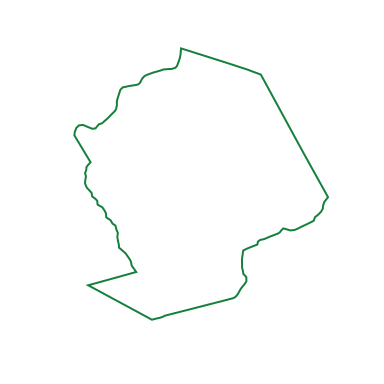 Santo Antônio dos Lopes, Maranhão, Brazil, rotated 199°
{"feature_id": "56859067B82634178607747", "entity_name": "Santo Antônio dos Lopes", "entity_type": "district", "adm_level": 2, "iso_a3": "BRA", "parent_name": "Brazil", "parent_adm1": "Maranhão", "projection": "mercator", "projection_center": [-44.464, -4.813], "detail": "fine", "context": "isolated", "style": "outline", "palette": "green", "viewbox_px": 384, "rotation_deg": 199, "n_neighbors": 0, "source": "geoboundaries", "source_scale": "gbopen_adm2", "svg_char_len": 1697}
<svg xmlns="http://www.w3.org/2000/svg" viewBox="0 0 384 384"><g transform="rotate(199 192 192)"><path d="M116.7,131.2L118.4,134.4L119.9,136.5L121.6,141.2L122.8,144.6L123.7,149.0L124.5,153.4L121.2,156.7L119.1,158.5L113.1,163.6L113.5,166.5L112.0,168.8L108.4,171.0L105.4,173.7L103.7,175.3L101.5,177.1L97.3,180.6L95.8,182.5L94.9,185.2L93.8,187.3L90.7,187.5L86.4,187.7L82.7,189.5L80.5,191.4L77.7,194.3L74.2,197.7L71.5,200.3L67.6,204.4L67.5,208.2L65.0,212.2L63.5,215.5L62.9,218.9L63.6,221.7L63.7,225.6L61.7,231.4L98.1,264.1L165.1,325.4L179.8,325.8L206.4,325.3L249.1,324.2L247.6,318.3L247.1,315.0L247.1,309.8L247.2,306.3L248.1,304.1L251.0,301.9L254.3,300.6L259.0,298.5L261.6,296.4L267.4,292.4L272.5,288.3L274.7,286.1L276.1,282.6L276.7,278.3L278.1,276.0L281.2,274.2L285.7,271.9L291.6,268.3L293.0,265.3L292.9,259.6L292.7,253.8L291.2,249.4L290.8,245.9L291.3,243.4L293.1,239.8L295.6,234.5L299.5,227.6L302.1,225.7L303.0,223.4L304.0,220.7L306.9,219.3L317.0,219.9L320.6,218.2L322.3,214.7L322.3,210.2L321.7,207.3L297.6,187.1L299.1,183.6L299.9,181.0L299.2,178.7L299.2,174.9L297.4,172.4L296.7,168.4L296.1,165.5L293.1,162.0L289.4,160.0L286.8,158.6L284.8,155.2L281.4,154.2L278.8,152.9L277.2,149.4L274.7,148.8L272.0,148.5L269.2,146.4L266.7,144.2L264.8,140.1L259.8,138.8L256.8,136.2L253.4,135.3L251.2,131.8L248.8,129.2L248.0,125.3L246.2,121.8L243.9,118.2L242.9,115.6L240.4,114.7L234.7,112.3L231.4,109.9L229.4,108.4L227.3,106.6L225.0,102.7L222.6,101.0L218.7,98.2L259.8,70.0L188.3,58.2L184.1,61.0L181.9,62.3L179.1,64.3L177.4,66.2L170.7,70.6L140.0,90.8L118.8,104.8L116.8,106.8L115.5,110.2L114.4,116.1L113.4,119.3L112.3,121.9L111.5,125.4L113.0,129.3L116.7,131.2Z" fill="none" stroke="#15803d" stroke-width="2"/></g></svg>